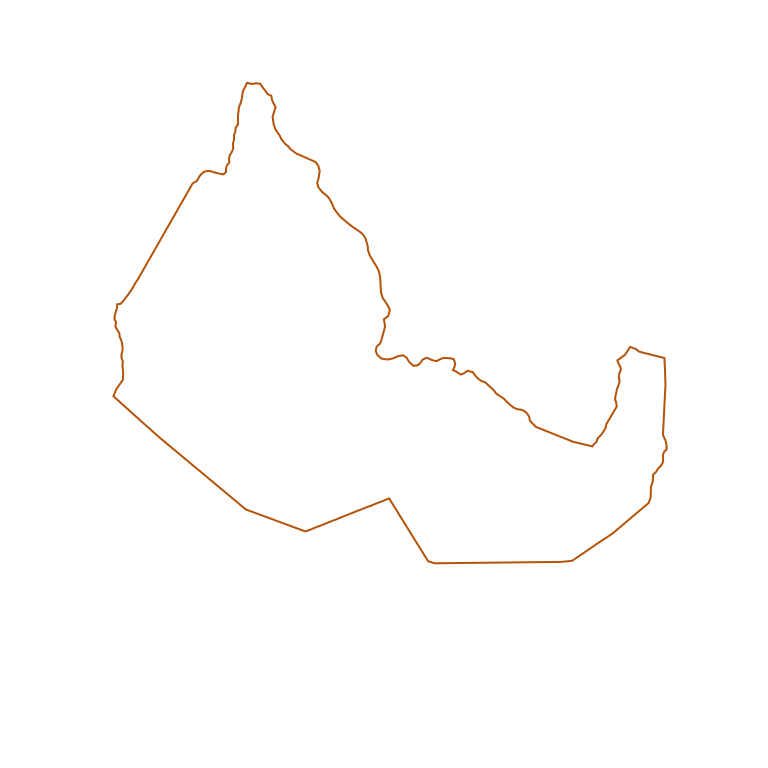 the district of Tabocas do Brejo Velho, Bahia, Brazil, rotated 305°
{"feature_id": "56859067B87855923049420", "entity_name": "Tabocas do Brejo Velho", "entity_type": "district", "adm_level": 2, "iso_a3": "BRA", "parent_name": "Brazil", "parent_adm1": "Bahia", "projection": "robinson", "projection_center": [-44.092, -12.505], "detail": "fine", "context": "isolated", "style": "outline", "palette": "amber", "viewbox_px": 768, "rotation_deg": 305, "n_neighbors": 0, "source": "geoboundaries", "source_scale": "gbopen_adm2", "svg_char_len": 3440}
<svg xmlns="http://www.w3.org/2000/svg" viewBox="0 0 768 768"><g transform="rotate(305 384 384)"><path d="M347.1,639.5L377.8,651.1L392.4,656.9L438.3,669.0L443.6,667.7L453.2,661.5L458.0,660.2L461.1,658.4L464.2,656.5L467.7,657.2L472.1,657.1L475.9,657.7L479.4,657.5L482.4,655.9L485.8,653.2L489.5,652.3L492.4,653.1L495.5,650.9L498.8,647.6L500.3,645.0L502.4,641.7L505.8,639.5L544.5,615.2L556.7,606.1L566.1,598.8L560.5,584.1L558.7,579.5L556.8,574.2L557.1,570.3L555.5,564.3L550.6,564.5L546.2,564.7L541.3,563.0L537.2,561.6L534.8,565.1L533.6,567.9L531.4,569.9L528.3,570.5L525.6,571.6L523.4,573.4L520.9,575.8L516.4,577.0L513.0,578.0L509.8,579.4L506.4,580.7L503.8,582.3L502.0,584.8L499.0,587.6L485.8,588.6L478.4,589.2L474.7,590.8L470.9,591.0L467.3,591.2L464.2,590.5L461.4,590.2L458.5,591.4L455.7,590.5L452.4,590.5L445.1,571.9L436.0,533.0L436.8,528.7L437.5,524.8L440.3,521.8L441.9,518.4L442.4,514.3L441.4,510.6L439.6,507.2L439.0,502.9L439.3,499.0L439.9,494.9L440.7,490.7L440.6,487.4L440.5,481.6L441.8,477.6L442.7,471.4L443.4,466.1L442.4,462.3L442.3,458.6L443.0,454.6L444.6,450.0L442.7,444.7L438.6,443.4L435.7,441.4L435.6,436.5L434.9,432.5L437.8,432.1L441.4,430.8L444.3,427.0L443.1,423.5L441.4,420.8L439.3,417.6L435.6,415.3L432.8,413.9L431.2,409.8L430.1,403.9L426.3,401.7L422.4,401.7L418.7,400.9L415.7,397.5L416.6,391.6L418.6,387.2L418.4,383.1L415.0,379.6L410.4,376.9L406.1,372.9L403.3,367.3L404.0,361.8L406.3,358.3L410.1,356.6L414.7,357.5L417.7,357.0L423.6,354.8L426.6,353.8L431.8,351.9L436.9,346.8L442.1,348.5L448.2,346.2L449.9,343.1L452.0,338.4L453.5,334.0L457.2,329.1L462.8,324.7L469.0,319.8L473.4,315.2L475.7,311.0L478.4,304.6L481.2,298.5L484.6,293.9L487.4,291.8L492.2,286.0L494.2,281.9L494.8,278.3L494.8,273.2L494.7,267.1L495.4,257.5L495.9,252.5L496.9,248.7L499.1,242.3L502.5,237.1L504.8,232.0L505.5,228.0L505.8,222.9L507.5,217.5L510.4,213.9L515.7,212.1L521.8,209.0L525.1,205.0L526.6,200.6L525.1,192.9L523.3,184.0L522.5,180.0L522.7,172.6L523.7,169.6L524.0,165.5L525.5,159.8L527.6,156.3L530.1,149.3L533.5,144.6L539.1,139.4L545.5,137.4L548.6,136.4L550.2,133.2L552.3,129.5L555.5,126.3L554.7,122.4L556.1,118.8L557.1,115.1L559.0,110.6L556.9,106.7L554.1,103.8L552.0,99.0L548.5,99.8L543.7,100.3L540.6,101.5L537.4,103.4L532.7,105.2L527.4,106.5L524.0,108.4L520.6,110.1L518.1,111.9L515.3,113.8L512.9,115.5L508.9,115.5L505.1,117.6L501.5,118.5L498.5,120.9L494.6,122.2L490.1,125.6L486.1,126.3L482.6,126.5L479.4,128.0L476.8,130.2L472.8,130.0L469.8,131.0L467.1,133.0L463.6,132.2L462.1,129.0L460.3,124.4L459.2,120.9L457.7,117.5L454.2,114.7L450.4,113.8L447.2,113.8L443.0,114.3L438.6,112.2L327.9,122.4L323.7,122.4L319.0,123.0L314.7,123.1L310.4,123.2L307.4,122.9L302.6,122.8L298.6,122.2L296.2,119.7L293.1,121.7L289.3,122.9L285.7,124.2L282.7,125.8L281.0,129.0L277.0,131.0L275.1,134.9L273.9,137.9L270.9,140.6L269.1,143.8L266.9,146.2L264.5,148.4L261.6,150.6L258.2,151.8L254.7,154.0L252.7,157.2L249.9,158.7L247.4,160.5L245.0,162.8L241.1,165.6L237.6,167.7L233.4,167.7L229.3,167.7L225.7,167.7L222.4,168.6L218.8,169.4L214.0,208.2L213.0,217.5L211.5,229.6L202.5,336.7L201.9,342.5L218.1,404.1L222.3,407.1L225.0,408.8L229.3,411.6L233.5,414.5L236.4,416.4L238.8,417.9L241.9,419.9L246.4,423.0L250.8,425.8L254.5,428.2L256.8,429.7L260.2,432.0L264.2,434.6L269.3,438.0L272.9,440.4L276.4,442.8L281.5,446.1L284.6,448.2L286.9,449.8L290.4,451.9L293.2,453.9L264.1,521.8L266.1,528.2L268.3,531.3L318.0,600.6L340.0,631.3L347.1,639.5Z" fill="none" stroke="#b45309" stroke-width="2"/></g></svg>